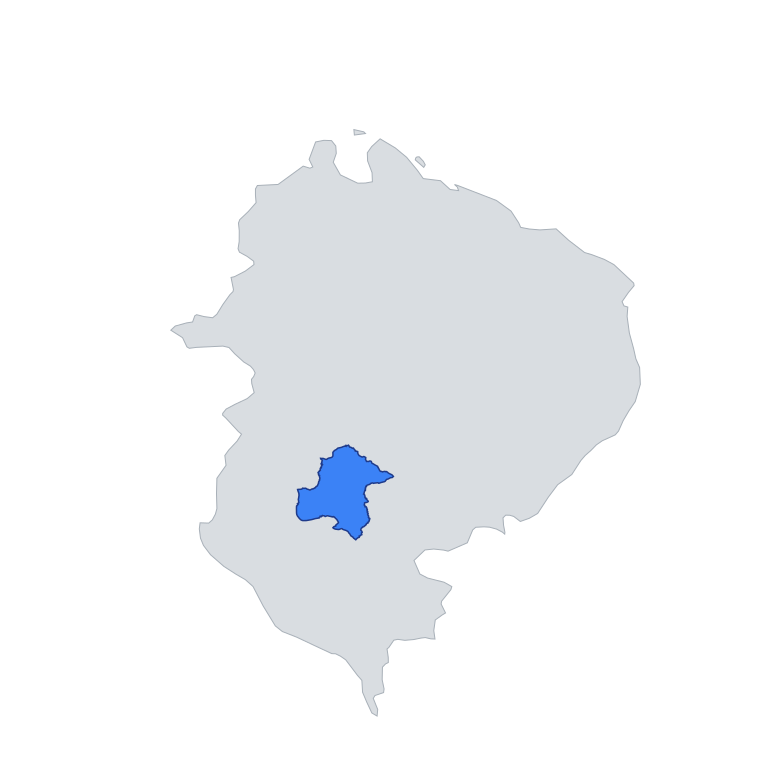 Sambour, Krâchéh, Cambodia (highlighted), rotated 135°
{"feature_id": "14789045B56748216757277", "entity_name": "Sambour", "entity_type": "district", "adm_level": 2, "iso_a3": "KHM", "parent_name": "Cambodia", "parent_adm1": "Krâchéh", "projection": "robinson", "projection_center": [106.055, 13.019], "detail": "fine", "context": "in_parent", "style": "filled", "palette": "blue", "viewbox_px": 768, "rotation_deg": 135, "n_neighbors": 0, "source": "geoboundaries", "source_scale": "gbopen_adm2", "svg_char_len": 8623}
<svg xmlns="http://www.w3.org/2000/svg" viewBox="0 0 768 768"><g transform="rotate(135 384 384)"><path d="M623.7,154.1L625.2,160.0L621.2,171.1L617.1,181.2L609.2,190.1L608.8,196.6L606.1,216.0L607.2,222.2L609.0,227.5L611.6,230.3L618.5,249.3L624.7,266.6L630.9,280.8L631.9,289.8L626.4,312.5L619.8,333.4L620.4,343.8L623.2,354.3L626.2,368.2L627.4,385.9L625.8,397.5L622.8,404.7L617.1,412.1L612.2,415.9L606.3,409.6L601.5,409.3L595.2,411.2L590.2,414.1L580.0,424.9L568.8,435.5L553.2,438.2L547.1,446.0L540.6,447.1L528.3,447.5L520.2,449.3L520.6,453.2L519.9,471.8L520.1,476.1L518.8,477.3L513.3,477.9L503.8,475.0L491.0,470.4L481.9,469.7L477.2,477.8L474.4,481.0L470.9,481.4L467.3,482.9L466.1,486.5L465.8,491.0L467.6,498.7L468.2,511.0L467.8,519.4L471.1,524.7L490.7,542.5L496.4,546.9L497.1,549.6L493.7,559.2L496.7,572.8L490.6,572.6L480.4,566.8L475.5,563.2L469.6,566.0L467.5,565.5L463.5,558.8L458.3,552.0L452.9,551.5L441.5,554.2L429.8,556.1L425.4,556.1L423.6,557.3L416.8,567.5L414.0,565.7L402.2,561.9L391.5,560.4L389.3,563.0L390.6,571.3L393.0,579.4L391.6,582.8L385.7,587.1L377.9,594.8L373.1,600.7L369.8,602.2L358.0,601.9L346.2,602.7L341.4,608.4L337.0,612.8L333.2,613.9L317.8,600.0L287.1,595.2L283.8,589.0L280.9,587.8L278.1,595.8L261.2,603.5L254.2,598.8L249.0,593.2L249.8,586.4L254.7,580.8L263.1,576.7L267.0,562.7L260.6,544.6L255.1,539.3L249.2,535.2L243.0,541.9L237.8,553.4L232.3,559.3L224.7,560.6L213.4,560.1L209.1,543.0L207.7,528.3L209.3,511.5L211.0,501.5L200.3,487.8L199.7,474.8L194.5,468.0L192.9,471.4L193.1,475.2L191.6,472.5L174.7,434.2L171.9,416.4L174.8,402.7L176.6,398.1L171.7,390.9L164.8,382.7L152.6,372.0L151.8,355.1L149.2,335.1L145.5,328.3L140.0,316.0L137.0,305.8L136.1,278.8L137.6,276.7L146.3,275.9L157.4,273.9L159.1,269.6L157.2,266.0L164.3,259.9L174.5,246.5L182.5,232.5L188.1,223.7L191.6,214.9L203.0,202.5L218.8,193.9L229.5,191.9L240.7,189.0L251.4,184.9L256.4,184.5L269.7,189.5L276.8,190.8L284.4,190.7L292.2,191.2L298.9,190.7L315.2,187.2L332.4,190.0L347.8,187.8L366.9,183.8L376.2,186.3L384.8,190.4L385.9,198.6L387.9,202.3L390.7,205.2L394.5,205.2L399.4,199.5L403.4,193.6L404.8,192.5L405.0,195.4L407.0,201.8L410.6,208.1L414.3,212.3L420.4,217.8L424.4,218.1L437.4,212.8L456.9,220.5L459.2,224.3L465.5,232.1L472.4,237.7L487.6,238.0L493.0,224.3L490.4,216.0L481.7,201.4L479.3,192.8L482.1,191.3L496.8,189.7L499.2,188.0L502.4,178.6L506.4,179.6L514.6,180.9L523.2,174.4L528.3,167.6L531.1,170.7L534.1,175.5L537.5,178.2L543.7,182.3L550.5,188.0L554.8,193.7L558.2,195.9L566.9,194.3L569.2,194.5L574.3,187.7L577.9,184.0L580.9,185.0L585.3,184.9L594.4,176.2L599.6,168.3L602.5,166.1L610.6,170.1L613.9,169.3L618.6,158.3L623.7,154.1ZM203.4,520.4L201.7,521.4L200.2,521.3L198.5,519.8L198.7,513.6L199.9,509.8L202.7,509.1L203.4,520.4ZM228.9,581.0L225.4,585.2L220.0,576.6L220.0,574.2L228.9,581.0Z" fill="#d9dde1" stroke="#a8b0b8" stroke-width="1"/><path d="M451.3,358.5L450.9,360.3L451.2,360.7L451.8,360.9L452.0,361.9L452.2,362.9L452.5,363.1L452.9,363.7L452.9,364.0L452.4,365.2L452.4,365.9L452.9,366.0L454.1,366.8L454.2,367.3L454.9,366.8L455.2,367.6L455.4,367.5L456.9,368.5L458.9,369.3L462.0,371.3L464.1,371.4L465.6,371.9L466.5,372.0L468.0,371.9L468.6,371.7L470.5,369.7L471.4,369.1L472.3,369.0L473.1,369.2L475.7,370.8L476.6,371.1L477.7,371.2L477.9,371.3L478.6,372.1L479.7,374.5L480.9,375.6L481.4,376.3L481.7,375.9L481.6,374.1L481.6,373.7L482.9,372.9L483.1,372.9L483.2,372.7L483.7,372.5L483.6,372.4L484.0,371.8L484.0,372.0L484.1,371.8L484.2,372.0L484.9,372.1L485.0,371.9L485.1,371.6L484.9,371.1L485.3,371.0L485.2,370.7L485.4,370.5L485.3,370.4L485.6,370.4L486.0,370.2L486.3,370.1L486.5,369.8L486.8,369.8L487.2,369.3L487.5,369.3L487.6,369.2L487.7,369.3L487.8,369.5L488.0,369.3L488.3,369.5L488.7,369.4L488.8,369.1L489.2,369.0L489.6,368.5L490.0,368.4L490.1,368.1L490.3,368.2L490.5,368.1L490.8,368.1L491.1,368.3L491.4,368.2L491.6,367.9L492.3,368.1L492.9,368.1L493.4,367.9L493.6,366.8L493.9,366.6L494.0,366.6L494.3,366.0L494.5,366.0L494.6,365.5L494.4,365.1L494.6,365.1L494.8,364.6L495.3,364.0L495.3,363.6L495.7,363.2L496.0,362.7L496.8,362.1L497.1,362.0L497.2,361.9L497.4,361.7L497.6,361.8L497.8,361.4L498.9,361.2L499.3,361.0L499.7,360.9L500.6,360.0L501.0,360.0L503.1,359.1L503.4,359.1L504.3,359.5L505.3,359.4L505.5,359.2L505.8,359.1L506.5,359.6L507.1,359.5L508.2,360.2L508.6,360.0L509.5,360.9L510.7,361.1L511.5,361.5L511.6,361.9L512.1,363.1L512.7,363.9L512.8,364.3L512.7,364.6L513.1,365.7L513.5,366.1L514.5,366.9L514.9,367.5L515.0,367.8L515.6,367.9L516.3,367.8L516.5,367.8L517.5,368.6L518.9,369.9L519.7,370.5L520.5,369.1L521.5,366.9L522.9,365.3L525.1,363.7L525.9,363.2L526.5,362.7L527.1,361.6L528.1,360.8L528.2,360.6L528.6,360.5L528.5,360.3L528.8,360.3L529.3,360.4L529.5,360.0L529.8,360.2L529.8,359.8L530.3,359.9L530.5,359.6L531.1,359.5L531.3,359.4L531.8,359.6L532.2,359.5L533.7,358.1L537.0,354.7L537.9,353.5L538.5,352.0L538.9,349.0L538.9,347.0L538.6,345.9L538.2,345.1L537.6,344.4L535.4,342.3L532.1,340.0L530.8,339.1L527.9,337.5L524.8,335.3L524.7,335.2L524.4,335.4L524.1,335.1L523.6,335.1L522.8,335.6L522.6,335.2L522.2,335.2L522.0,334.9L522.0,334.7L521.8,334.8L521.8,334.7L521.7,334.7L521.4,334.4L520.4,334.4L520.4,334.1L519.6,333.3L519.4,332.9L519.3,331.9L518.2,331.4L517.7,331.2L517.0,330.7L516.3,329.4L515.5,328.2L515.1,327.8L515.1,327.4L514.9,327.2L514.7,327.0L514.5,326.5L514.2,326.5L513.9,326.1L513.6,326.1L513.3,325.4L513.4,325.0L513.2,324.9L513.1,324.3L513.3,323.7L513.3,322.8L513.1,322.2L513.3,320.9L513.6,320.4L513.6,319.6L513.8,319.2L514.1,318.3L514.5,318.1L517.9,318.3L518.2,318.0L518.7,318.0L518.8,317.8L519.0,318.0L520.3,318.6L520.7,318.4L520.9,318.5L521.6,318.6L521.8,318.2L521.7,317.4L521.1,315.9L519.2,313.4L518.3,312.7L517.2,312.3L516.1,311.6L515.9,311.1L515.9,310.3L515.7,309.8L514.4,307.3L514.2,306.5L513.9,305.9L513.8,305.0L514.2,303.7L514.2,302.2L514.6,300.9L514.8,300.1L514.5,299.0L514.5,298.5L514.2,297.9L514.4,297.5L514.4,296.9L514.5,296.2L514.2,295.5L514.3,295.0L514.1,293.8L512.6,293.9L511.6,293.8L511.0,293.7L510.0,293.1L509.5,293.3L509.1,294.0L508.4,293.5L507.8,293.7L507.2,293.4L506.7,293.5L506.2,293.2L505.8,294.0L505.1,294.7L504.4,294.5L504.0,295.1L503.8,295.6L503.8,297.0L503.7,297.2L502.0,298.1L500.7,297.8L500.3,298.1L499.4,297.5L498.8,297.3L498.1,297.5L497.6,297.2L497.3,297.3L496.8,297.1L496.5,297.3L496.0,297.2L495.8,297.5L495.2,297.6L494.6,297.4L494.3,297.4L493.8,297.1L493.5,297.6L493.3,297.4L493.1,297.6L492.4,297.3L492.0,297.5L491.6,297.5L491.3,297.8L491.0,297.8L490.8,298.2L490.5,298.2L490.0,298.6L489.7,298.5L489.1,299.0L489.2,299.6L489.3,300.1L489.5,299.9L489.5,300.0L489.3,300.8L488.7,301.0L488.3,301.9L488.1,301.9L488.0,302.5L488.0,303.0L487.9,303.0L487.6,303.3L487.4,303.3L486.9,303.5L486.8,303.8L486.9,304.2L486.8,304.6L486.8,304.8L486.6,305.0L486.3,305.0L485.9,305.0L485.7,305.6L485.8,306.2L485.5,306.4L485.4,306.6L484.9,306.7L484.9,306.9L484.6,307.1L484.7,307.3L484.3,307.6L484.4,308.0L484.0,308.6L483.7,308.8L483.8,309.2L483.6,309.4L483.7,309.5L483.6,309.8L483.5,310.0L483.7,310.5L483.9,310.6L483.6,310.8L483.8,311.2L483.7,311.3L483.7,311.7L483.5,312.1L483.5,312.5L483.0,312.6L481.8,313.7L481.2,313.5L480.4,312.8L479.7,312.4L478.5,312.0L478.2,312.1L478.0,312.6L477.9,314.0L478.0,315.7L477.8,316.1L477.8,316.4L477.5,316.2L477.7,316.8L477.4,317.3L477.3,317.6L477.0,317.8L476.9,318.2L476.4,318.7L476.3,319.0L476.3,319.3L476.0,319.6L476.2,320.6L475.5,320.7L475.0,321.0L474.5,321.5L474.2,321.6L473.8,321.7L473.0,322.2L472.9,322.0L472.7,322.0L472.5,321.9L472.3,322.3L471.6,322.6L471.6,322.9L471.1,323.1L471.1,323.3L470.7,323.4L470.5,323.8L470.0,323.8L469.4,324.3L468.9,324.0L468.7,324.5L467.5,324.4L466.3,323.8L465.9,323.5L465.6,323.5L465.1,323.2L464.9,323.2L464.2,323.0L463.6,323.1L463.1,322.7L462.7,322.6L462.0,322.1L461.7,321.2L461.0,320.8L458.2,318.6L458.0,318.2L458.0,317.7L457.1,317.0L456.4,316.8L452.7,314.6L451.9,314.4L450.0,314.7L449.3,314.6L448.5,314.0L445.6,313.1L444.4,312.1L444.1,312.0L442.7,312.0L442.6,313.5L442.6,314.2L443.7,317.3L443.9,318.2L443.9,319.3L444.2,320.4L444.8,320.7L445.1,321.6L445.5,321.8L446.0,322.2L446.5,322.6L447.1,322.8L447.4,323.3L447.5,323.9L448.1,324.4L448.2,324.7L448.3,325.6L448.1,325.9L448.1,326.4L447.6,327.5L447.6,328.1L447.2,328.8L447.3,329.0L447.1,329.8L446.8,330.0L446.7,330.4L446.9,330.9L447.7,333.5L448.0,335.0L448.4,336.0L448.5,336.7L447.8,338.1L447.8,338.6L448.4,339.6L448.8,339.7L449.0,339.9L449.6,340.0L450.4,341.0L451.0,341.3L451.1,341.6L451.0,342.0L450.6,343.0L450.4,343.8L449.0,344.7L448.9,345.0L449.5,347.0L450.8,347.6L451.1,347.8L451.8,349.6L451.9,350.2L452.2,351.1L451.7,353.2L451.3,353.8L450.6,354.5L450.4,354.8L450.5,355.1L450.8,355.5L450.9,355.9L451.3,356.1L451.7,357.0L451.2,357.4L451.3,358.5Z" fill="#3b82f6" stroke="#1e3a8a" stroke-width="1.5"/></g></svg>